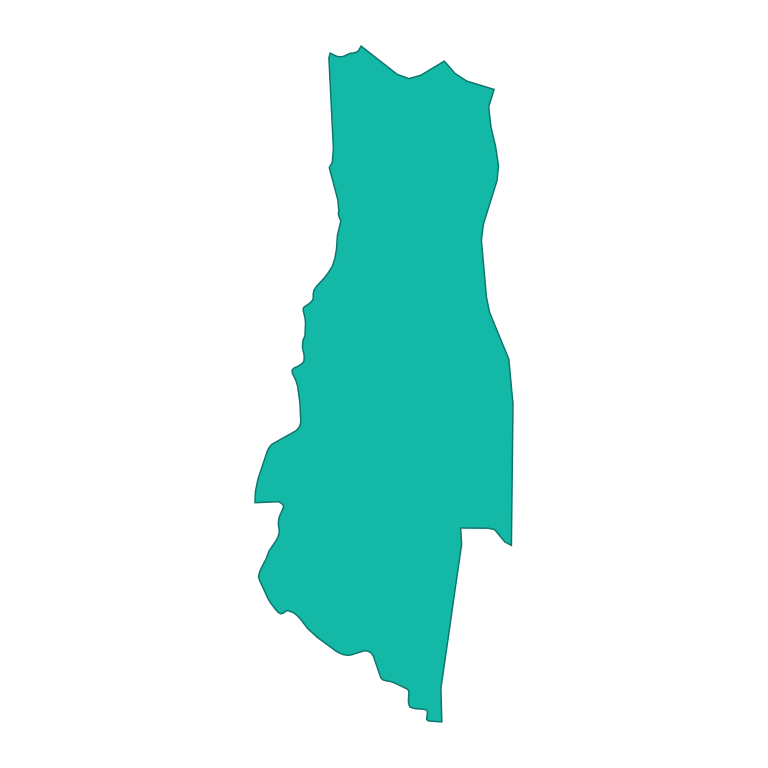 SVG path tracing the border of Lubombo
{"feature_id": "SWZ-535", "entity_name": "Lubombo", "entity_type": "District", "adm_level": 1, "iso_a3": "SWZ", "parent_name": "eSwatini", "parent_adm1": "", "projection": "equal_earth", "projection_center": [31.73, -26.547], "detail": "fine", "context": "isolated", "style": "filled", "palette": "teal", "viewbox_px": 768, "rotation_deg": 0, "n_neighbors": 0, "source": "natural_earth", "source_scale": "10m", "svg_char_len": 1936}
<svg xmlns="http://www.w3.org/2000/svg" viewBox="0 0 768 768"><path d="M444.3,61.1L455.0,73.4L466.8,81.1L494.1,89.5L488.7,106.8L490.9,126.6L495.7,147.0L498.5,166.0L497.0,180.7L483.4,224.1L481.4,240.1L486.4,296.8L489.5,312.2L508.8,359.1L513.0,404.1L511.4,545.4L504.8,541.9L494.7,529.7L488.2,528.2L460.7,528.0L461.6,544.5L454.6,592.9L448.2,637.9L440.9,688.2L441.8,721.9L441.6,721.9L429.8,721.1L428.0,720.6L426.7,719.5L426.9,716.4L427.4,713.5L427.2,711.2L426.2,709.9L422.9,709.2L415.7,708.7L412.4,708.0L409.7,706.8L408.7,703.8L408.4,701.4L408.9,691.9L408.3,690.2L406.9,688.9L394.0,682.7L390.0,681.4L386.2,680.8L383.0,679.9L380.8,677.7L373.3,656.0L370.8,652.6L366.9,650.9L363.5,651.0L351.5,654.8L347.6,655.3L343.6,654.7L339.8,653.3L336.1,651.2L317.7,637.7L307.6,628.5L300.4,618.9L296.5,615.0L293.2,612.5L290.6,611.7L287.7,610.5L285.6,611.3L283.3,613.1L280.9,613.8L278.6,612.7L275.7,609.7L270.4,602.7L268.1,598.8L259.6,580.4L258.5,576.5L259.7,571.7L261.2,568.2L266.4,558.2L269.1,550.9L276.4,540.1L278.4,535.8L279.4,531.5L278.4,525.1L278.5,520.9L279.2,517.0L282.5,509.5L283.7,505.9L281.6,503.5L278.7,501.7L255.0,502.7L255.4,491.7L258.0,478.9L267.5,450.5L269.0,447.8L270.6,445.6L272.3,444.0L296.2,430.6L299.1,427.4L300.8,422.7L299.9,402.9L297.6,386.2L295.9,380.5L292.4,373.2L292.0,370.2L294.0,368.0L297.8,366.4L301.3,364.1L303.9,361.5L304.2,357.0L303.9,354.1L302.6,348.2L302.5,345.0L302.9,340.8L305.0,335.4L305.5,322.5L305.0,318.0L303.3,311.0L303.2,308.7L304.0,307.1L309.4,303.4L311.8,301.2L313.2,298.7L313.2,294.1L313.9,290.2L316.7,286.1L324.5,277.7L328.5,272.4L332.4,266.1L335.0,257.8L336.5,249.2L337.4,235.4L340.8,221.2L339.0,216.5L338.3,213.7L338.8,210.3L337.8,199.8L329.3,167.7L332.3,162.3L333.4,148.8L328.9,57.9L330.2,53.1L336.6,56.2L339.1,56.8L341.6,56.8L344.1,56.1L348.7,53.9L350.9,53.2L353.3,53.1L356.1,52.2L358.2,51.1L361.1,46.1L397.1,74.3L408.9,78.6L420.7,75.3L444.3,61.1Z" fill="#14b8a6" stroke="#0f766e" stroke-width="1.5"/></svg>